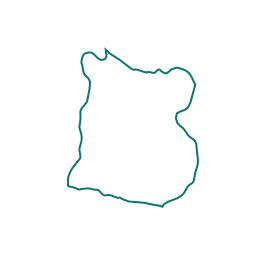 Tacna, Natural Earth projection, rotated 333°
{"feature_id": "PER-575", "entity_name": "Tacna", "entity_type": "Department", "adm_level": 1, "iso_a3": "PER", "parent_name": "Peru", "parent_adm1": "", "projection": "natural_earth1", "projection_center": [-70.312, -17.577], "detail": "fine", "context": "isolated", "style": "outline", "palette": "teal", "viewbox_px": 256, "rotation_deg": 333, "n_neighbors": 0, "source": "natural_earth", "source_scale": "10m", "svg_char_len": 2128}
<svg xmlns="http://www.w3.org/2000/svg" viewBox="0 0 256 256"><g transform="rotate(333 128 128)"><path d="M207.6,120.0L195.3,133.5L191.0,136.9L186.6,137.7L182.2,137.0L178.1,137.2L175.1,140.9L174.3,145.7L175.4,149.6L177.1,153.5L177.9,158.3L178.1,161.1L178.6,163.0L180.7,167.2L181.5,169.3L181.8,171.4L181.4,173.6L175.7,188.4L173.6,192.0L171.8,194.1L168.1,197.8L163.5,203.9L161.9,205.5L159.7,206.4L156.9,206.5L154.6,207.3L147.9,211.6L145.5,212.4L140.5,213.0L130.3,211.9L125.4,212.3L122.9,213.8L120.6,211.4L115.8,207.9L109.9,203.1L106.9,201.0L103.5,198.9L100.0,196.7L95.4,193.9L90.6,188.7L90.2,188.2L89.7,187.0L89.2,186.3L88.7,186.0L87.8,185.9L87.2,185.6L81.7,179.8L80.0,178.7L76.6,177.5L75.4,176.3L74.1,171.9L73.2,169.6L71.8,168.6L70.3,167.9L66.3,164.5L64.3,163.3L58.7,161.2L56.7,160.9L51.8,155.4L49.8,154.0L48.5,152.7L48.2,152.3L49.3,150.5L50.9,147.0L51.4,146.0L52.0,145.2L52.9,144.2L56.5,141.0L60.2,138.5L68.7,134.6L70.0,134.1L71.5,133.2L72.3,132.4L72.9,131.3L74.6,125.9L75.3,124.5L76.4,123.1L80.2,119.0L80.8,118.2L81.6,117.0L82.8,114.6L83.4,112.9L83.8,111.4L84.7,106.2L85.1,105.1L89.2,99.3L90.9,96.3L91.9,94.0L92.9,92.0L93.7,91.0L95.0,89.9L96.7,88.9L98.8,88.2L103.6,85.8L111.3,75.9L114.1,71.5L115.1,69.7L115.2,68.2L115.3,66.7L115.0,65.2L114.2,63.0L114.2,62.8L114.0,62.5L113.6,59.8L113.8,57.5L114.3,55.7L115.4,52.6L115.8,51.1L115.9,49.6L116.4,48.2L117.1,47.1L119.3,44.3L121.6,42.6L123.0,42.2L124.9,42.3L126.7,42.6L128.9,43.7L129.9,44.5L130.7,46.0L133.1,52.5L133.9,53.8L134.9,55.0L136.2,55.7L137.7,56.0L139.1,56.0L141.6,54.1L143.7,48.2L145.5,53.2L151.7,63.8L157.0,75.0L159.2,78.5L159.9,78.9L160.7,79.2L160.8,79.2L161.0,79.2L161.3,79.3L161.8,79.6L163.9,81.4L167.2,84.8L169.2,86.6L169.6,86.8L170.5,87.0L170.9,87.1L171.7,87.4L172.7,88.1L175.6,90.4L176.4,90.8L177.0,90.9L177.5,90.8L179.0,90.3L179.7,89.9L180.2,89.8L180.8,89.7L181.8,89.8L182.3,90.1L182.7,90.5L183.6,92.7L183.9,93.5L185.5,95.7L186.2,96.3L186.9,96.7L187.6,96.7L188.2,96.7L191.5,96.0L192.6,95.5L192.9,95.4L197.8,96.1L199.3,96.7L203.2,100.2L205.1,102.5L206.4,104.5L207.5,107.8L207.8,111.8L207.6,119.9L207.6,120.0Z" fill="none" stroke="#0f766e" stroke-width="2"/></g></svg>